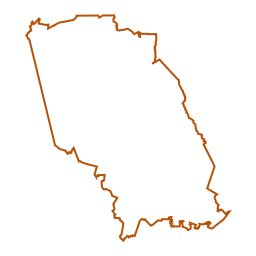 Matamata-Piako District, Waikato, New Zealand
{"feature_id": "76426892B60758051011646", "entity_name": "Matamata-Piako District", "entity_type": "district", "adm_level": 2, "iso_a3": "NZL", "parent_name": "New Zealand", "parent_adm1": "Waikato", "projection": "natural_earth1", "projection_center": [175.706, -37.685], "detail": "fine", "context": "isolated", "style": "outline", "palette": "amber", "viewbox_px": 256, "rotation_deg": 0, "n_neighbors": 0, "source": "geoboundaries", "source_scale": "gbopen_adm2", "svg_char_len": 5684}
<svg xmlns="http://www.w3.org/2000/svg" viewBox="0 0 256 256"><path d="M32.3,21.5L31.6,22.5L31.5,22.9L31.5,23.3L32.0,23.8L31.9,24.5L31.0,25.7L30.0,26.3L30.2,26.6L30.1,27.0L30.6,27.3L30.7,27.6L30.7,27.9L30.5,28.5L30.6,29.1L31.1,29.6L31.1,29.9L31.2,30.6L30.1,31.1L30.0,31.4L29.3,31.5L28.8,32.3L28.8,32.5L28.2,32.8L27.7,33.6L27.6,34.1L27.3,34.2L26.8,34.9L26.5,35.1L26.6,35.4L26.4,35.7L27.1,36.3L27.7,37.7L27.8,38.3L28.1,38.7L29.3,39.2L55.0,145.1L59.8,149.1L63.2,149.9L64.0,150.3L65.3,150.4L65.7,150.6L65.9,151.1L65.7,151.6L66.4,152.0L66.8,153.0L67.7,153.8L69.1,152.6L69.1,152.2L70.1,152.3L70.4,153.1L70.5,153.2L71.3,152.6L71.3,152.2L71.6,151.9L71.6,150.7L72.3,150.2L72.6,149.1L72.9,148.7L73.4,148.5L73.7,148.0L78.9,161.3L79.4,160.8L82.3,162.6L87.5,164.2L96.9,166.6L94.5,174.7L96.3,177.3L96.3,176.8L96.6,176.8L97.0,176.0L97.6,176.0L97.4,175.8L97.9,175.1L104.6,174.9L104.1,179.9L103.8,180.2L103.5,180.9L102.2,180.7L101.9,180.9L101.6,181.7L102.0,186.7L103.3,189.1L104.6,189.5L105.9,188.9L110.3,191.1L111.6,193.8L112.1,195.7L117.3,197.8L113.3,204.1L113.3,204.4L113.5,204.4L113.8,204.9L113.7,205.4L114.5,209.5L112.5,210.8L114.3,213.6L114.3,213.9L115.3,214.4L114.2,215.9L114.7,216.4L114.5,217.0L114.7,217.5L114.6,217.8L118.4,218.2L118.8,218.1L119.5,218.1L119.8,219.2L120.0,219.3L120.1,220.0L120.3,220.0L120.7,220.9L122.3,221.7L123.1,223.2L123.1,225.7L121.4,234.9L120.7,235.3L119.9,236.2L120.6,238.4L122.5,239.3L122.8,239.5L123.0,240.6L123.4,240.6L124.5,239.4L124.7,238.2L125.6,237.6L126.0,237.5L126.6,236.9L126.9,236.7L127.2,236.0L128.1,236.3L128.7,237.2L129.2,236.5L129.7,236.7L130.0,236.5L130.3,236.7L131.1,235.9L132.4,236.2L132.7,235.3L134.7,236.0L139.9,220.6L142.2,218.8L144.0,220.1L144.9,219.3L150.7,225.6L151.8,225.0L152.0,225.1L153.1,224.5L157.7,220.5L161.6,220.7L161.9,219.5L162.1,219.1L169.1,219.3L168.9,218.0L169.0,217.5L169.4,217.3L171.2,217.0L171.3,217.0L170.9,217.8L170.8,219.0L170.7,219.2L170.4,219.3L170.4,219.6L170.7,220.0L170.9,219.8L171.3,219.3L171.7,219.5L171.3,219.9L171.5,220.2L171.9,220.2L171.7,220.7L171.9,221.1L171.6,221.0L170.7,221.1L170.3,221.7L170.1,221.9L170.2,222.7L170.8,222.6L171.0,222.9L171.1,223.2L170.9,223.5L171.5,223.7L171.0,224.1L170.9,224.7L171.4,224.6L171.6,224.8L171.8,225.5L171.6,226.1L172.4,226.0L172.1,226.5L179.8,226.4L179.7,221.2L183.4,221.1L183.5,221.4L181.5,222.4L181.4,222.2L182.3,224.0L182.3,224.6L182.7,225.4L182.5,225.9L183.0,227.0L183.8,227.1L186.5,228.2L187.2,228.9L187.8,230.1L190.6,228.7L190.7,226.9L190.8,226.6L190.4,225.1L190.7,224.9L190.9,224.6L190.4,224.4L190.6,224.3L190.4,224.1L190.5,223.9L190.1,223.8L190.2,223.4L190.0,222.8L195.9,224.9L194.9,226.9L194.8,227.4L194.5,227.7L194.6,228.1L195.5,228.2L195.5,228.4L196.1,228.5L196.1,228.3L196.4,228.5L197.2,228.0L197.8,228.0L197.9,228.4L198.9,227.6L198.8,227.2L199.0,226.1L199.4,226.2L200.1,224.4L199.8,224.0L203.3,224.4L203.4,224.1L204.4,223.6L205.3,223.9L205.7,223.4L205.9,223.8L206.6,223.9L206.7,223.6L206.3,223.3L206.7,223.0L206.8,222.5L207.1,222.6L207.4,222.3L208.2,222.5L208.5,222.4L208.6,222.0L208.8,221.9L209.3,222.0L210.4,222.9L210.5,223.5L210.3,223.7L209.2,223.9L208.8,224.1L208.0,224.1L208.0,224.3L208.3,224.9L208.3,225.4L208.6,225.5L208.4,226.6L208.3,226.8L208.1,226.6L207.9,226.6L208.1,227.3L211.4,228.5L212.0,228.5L223.6,219.4L229.6,211.4L228.1,211.6L226.2,214.0L225.9,214.1L224.3,212.4L223.3,211.5L222.6,210.7L222.5,210.3L221.7,210.2L221.4,209.7L220.9,209.5L219.8,209.8L219.6,210.0L219.7,210.4L219.2,210.7L218.6,211.3L218.1,211.3L217.9,210.9L217.5,210.8L218.0,207.5L217.7,206.2L218.7,205.1L216.0,202.4L215.6,200.2L214.7,198.4L214.8,196.3L215.6,195.4L217.1,194.4L207.2,188.5L214.6,166.3L203.6,144.4L205.1,143.5L204.5,143.1L204.6,142.3L205.3,141.9L203.8,141.2L204.3,140.9L204.6,140.2L204.2,139.2L203.4,138.9L202.6,138.9L201.8,138.0L201.8,136.6L201.9,136.2L201.7,135.9L202.0,135.3L201.8,134.6L198.3,133.9L198.0,133.1L197.7,132.7L197.3,131.3L196.6,131.0L195.8,128.4L195.4,124.7L193.3,122.4L193.5,120.7L190.4,118.4L189.0,118.1L187.7,113.8L186.7,112.5L186.4,112.4L186.7,111.8L186.4,111.4L186.0,110.2L185.2,109.6L185.4,108.3L185.1,108.1L185.1,107.5L184.9,107.4L184.1,106.9L183.9,105.5L183.6,104.9L183.3,104.7L183.1,104.1L182.7,103.5L183.5,103.2L183.4,102.5L183.5,101.9L183.8,101.5L185.2,100.6L185.1,99.9L184.9,99.6L185.2,98.3L185.4,98.1L185.3,97.7L184.9,97.1L185.1,96.8L184.9,96.6L184.9,96.2L184.6,96.0L184.5,95.1L184.0,94.7L183.8,94.1L183.9,93.9L183.4,93.4L183.4,92.7L183.0,92.0L183.1,91.2L182.5,90.9L179.2,84.6L178.7,79.9L176.9,78.5L159.4,59.5L152.2,63.8L155.5,60.9L155.0,60.0L154.8,59.4L155.0,58.4L155.6,57.5L155.7,57.2L155.5,56.8L155.3,55.5L155.6,53.9L155.3,53.5L155.3,52.8L155.2,52.1L155.4,51.8L155.2,51.7L155.3,50.9L154.9,50.5L155.1,50.3L154.7,49.6L154.9,49.3L154.7,48.4L155.1,48.2L154.9,47.8L155.0,47.4L154.7,47.4L154.6,47.1L155.1,46.6L154.9,46.4L155.4,45.8L155.3,45.2L155.4,44.9L156.1,44.1L155.5,42.1L155.9,41.5L156.2,40.8L156.3,37.6L156.0,34.1L148.4,34.2L148.2,33.8L141.5,33.8L139.5,32.5L140.0,36.5L139.5,36.4L139.5,36.7L139.2,36.5L138.0,32.2L134.1,34.1L132.2,31.6L127.9,28.9L126.7,28.9L123.6,30.0L122.6,29.7L119.1,30.6L118.1,30.1L117.0,30.1L116.8,29.8L116.7,29.1L116.6,28.5L117.1,28.2L117.1,27.2L116.8,26.8L116.2,26.4L116.1,26.0L116.2,25.7L117.0,25.2L117.2,24.6L117.1,24.2L115.3,22.3L114.2,21.5L113.5,21.5L113.4,18.7L113.6,18.3L114.4,18.1L114.5,17.9L114.6,16.4L114.2,15.9L114.1,15.4L102.8,15.5L99.3,17.6L98.0,15.5L77.2,15.7L76.9,15.9L76.5,15.8L76.4,16.0L76.7,16.5L76.4,17.1L75.7,17.7L75.0,18.7L73.9,19.5L73.3,19.7L73.3,20.0L59.0,22.7L54.7,25.0L54.6,25.4L54.0,25.4L48.1,28.6L48.4,24.6L46.0,25.0L38.5,23.5L38.6,22.7L38.8,22.5L38.7,22.0L38.8,21.5L39.4,20.5L39.5,20.1L39.8,19.5L39.4,18.3L39.5,17.9L34.1,24.0L32.3,21.5Z" fill="none" stroke="#b45309" stroke-width="2"/></svg>